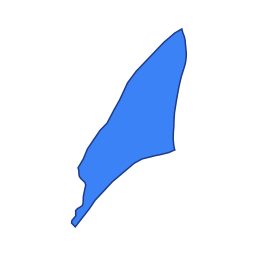 San Martín Zapotitlán, Retalhuleu, Guatemala, rotated 327°
{"feature_id": "79465075B10941026506975", "entity_name": "San Martín Zapotitlán", "entity_type": "district", "adm_level": 2, "iso_a3": "GTM", "parent_name": "Guatemala", "parent_adm1": "Retalhuleu", "projection": "albers", "projection_center": [-91.598, 14.614], "detail": "fine", "context": "isolated", "style": "filled", "palette": "blue", "viewbox_px": 256, "rotation_deg": 327, "n_neighbors": 0, "source": "geoboundaries", "source_scale": "gbopen_adm2", "svg_char_len": 888}
<svg xmlns="http://www.w3.org/2000/svg" viewBox="0 0 256 256"><g transform="rotate(327 128 128)"><path d="M227.1,74.2L219.0,73.8L204.7,75.7L165.7,84.9L152.2,89.9L136.3,99.9L126.7,104.9L113.0,112.6L103.4,114.7L82.7,123.4L73.7,129.6L64.4,134.2L63.7,136.6L62.8,138.3L61.7,140.0L60.8,142.3L60.9,144.7L62.2,150.2L61.5,152.8L53.7,160.6L52.0,162.9L50.8,164.6L49.1,166.9L47.5,168.1L45.9,168.3L41.5,168.1L39.1,168.8L37.5,171.3L36.3,173.3L30.6,175.0L28.9,176.9L29.9,182.2L51.3,174.8L61.0,170.7L85.8,164.5L113.9,160.9L122.9,161.6L135.2,165.8L141.8,168.4L148.8,170.8L153.3,171.5L155.3,171.9L155.9,169.8L157.5,166.4L159.9,161.8L164.1,155.8L167.1,152.0L170.2,147.4L175.5,140.3L183.5,131.4L193.3,121.0L200.6,114.0L206.4,109.2L209.6,106.6L212.0,104.3L214.6,101.3L216.7,98.5L218.5,95.4L221.7,89.2L223.6,85.7L225.0,82.0L225.9,77.8L227.1,74.2Z" fill="#3b82f6" stroke="#1e3a8a" stroke-width="1.5"/></g></svg>